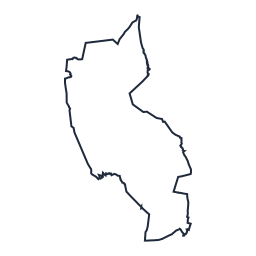 Miacatlán, Morelos, Mexico (Natural Earth projection)
{"feature_id": "50627088B93952904425300", "entity_name": "Miacatlán", "entity_type": "district", "adm_level": 2, "iso_a3": "MEX", "parent_name": "Mexico", "parent_adm1": "Morelos", "projection": "natural_earth1", "projection_center": [-99.34, 18.806], "detail": "fine", "context": "isolated", "style": "outline", "palette": "slate", "viewbox_px": 256, "rotation_deg": 0, "n_neighbors": 0, "source": "geoboundaries", "source_scale": "gbopen_adm2", "svg_char_len": 5397}
<svg xmlns="http://www.w3.org/2000/svg" viewBox="0 0 256 256"><path d="M69.5,110.2L71.3,125.3L71.4,126.3L73.6,127.9L74.4,132.3L87.7,163.6L90.3,168.0L90.9,168.7L91.3,170.4L91.1,172.7L91.5,173.8L92.1,174.4L96.3,176.9L96.6,177.3L97.0,177.7L98.1,178.9L98.4,179.1L98.6,178.7L98.9,178.5L99.2,178.3L100.1,178.5L100.1,178.2L99.9,177.7L99.5,176.9L99.4,176.2L98.9,175.0L100.9,175.6L101.6,175.7L101.9,176.2L102.1,177.6L102.9,177.0L102.9,176.6L102.8,175.8L102.7,175.5L102.8,174.7L102.8,174.0L103.0,172.8L103.6,173.5L103.7,173.8L103.9,173.9L104.1,174.3L104.3,174.3L104.6,174.5L105.1,175.1L105.5,174.6L105.8,175.0L106.2,173.4L107.4,174.0L107.6,173.9L107.8,174.0L108.2,173.6L108.5,173.5L108.8,173.4L109.1,173.2L109.3,173.5L109.7,173.8L109.8,173.7L110.1,173.7L110.3,173.6L110.6,173.9L111.0,173.7L111.5,175.2L112.7,174.6L113.8,174.2L114.1,173.9L114.5,174.1L114.8,174.1L115.7,174.3L116.0,174.5L116.4,174.6L117.0,175.1L117.4,175.6L119.7,175.9L119.7,176.0L119.8,176.6L120.1,177.6L120.6,179.1L120.4,179.2L120.6,179.8L120.8,180.1L121.3,180.7L121.4,181.1L121.9,181.6L122.2,182.2L122.3,182.3L122.3,182.6L123.4,182.8L123.8,183.1L124.1,183.3L124.2,183.5L124.5,184.2L124.7,184.6L125.0,184.5L125.2,185.5L126.0,189.7L126.4,191.4L126.5,191.7L127.1,192.3L127.6,192.9L128.2,193.5L130.1,195.6L134.6,200.2L134.7,200.3L136.5,202.1L138.2,203.9L138.5,204.3L139.7,205.3L141.1,206.8L141.3,206.5L141.3,206.9L141.2,208.4L142.2,207.9L143.0,208.8L145.7,211.3L147.5,212.9L149.2,214.3L147.8,225.7L147.6,226.8L147.2,228.6L146.6,230.5L146.2,231.1L145.5,232.1L145.3,235.4L144.9,240.6L145.7,240.6L146.2,240.6L147.0,240.6L147.9,240.6L150.5,240.4L151.3,240.4L151.9,240.3L152.6,240.3L153.5,240.3L153.9,240.3L155.0,240.2L158.1,240.0L158.8,239.9L159.9,239.6L161.4,239.1L162.4,238.9L162.8,238.6L164.7,237.6L166.8,236.6L167.0,236.5L167.4,236.3L168.5,235.7L170.1,235.0L172.0,234.2L172.7,233.4L173.9,232.5L175.8,230.8L176.6,230.3L176.8,230.3L177.7,229.9L177.9,229.8L179.5,229.2L179.8,228.8L180.7,229.6L181.5,231.0L182.2,232.2L183.2,233.2L184.0,234.1L183.9,234.3L183.7,234.8L183.2,235.2L183.2,235.7L184.3,235.5L184.4,235.1L185.2,234.1L186.1,233.8L186.3,233.5L186.5,233.1L186.5,232.5L186.8,232.3L187.1,231.1L187.0,230.3L186.7,229.5L187.3,229.5L187.7,229.2L187.9,229.4L188.2,229.5L188.4,229.5L188.4,229.8L188.8,230.0L189.0,229.1L190.1,225.5L190.2,225.4L190.7,223.7L189.4,223.4L187.6,222.8L187.8,222.1L187.7,221.9L187.7,221.5L187.7,221.1L187.8,220.4L187.8,219.5L187.9,219.2L188.2,218.4L188.5,217.5L187.1,216.9L187.6,215.0L187.8,214.2L187.8,212.4L187.7,211.0L188.1,206.4L188.2,205.3L188.2,204.6L188.3,203.8L188.3,201.9L188.2,201.7L187.7,199.6L187.6,199.0L187.4,197.9L187.2,196.1L187.2,194.1L186.0,193.9L184.6,193.7L183.8,193.6L182.5,193.3L181.0,193.0L180.4,192.9L180.1,192.9L179.0,192.7L178.3,192.5L178.1,192.7L177.2,192.4L173.6,191.7L174.8,187.8L176.3,182.9L178.2,176.9L181.2,176.4L185.3,175.4L188.5,174.6L190.7,174.0L191.0,172.0L190.9,169.2L190.4,168.1L189.2,165.5L188.6,163.9L188.4,163.5L188.3,162.9L187.9,161.5L187.7,160.9L186.7,159.1L186.5,158.5L185.7,156.9L184.7,155.6L184.7,155.9L182.9,151.9L182.7,151.8L183.1,151.9L183.2,152.1L183.7,151.4L184.3,151.0L183.0,150.8L182.9,150.7L183.1,150.5L183.1,150.4L182.7,148.6L182.7,148.4L182.3,148.1L181.1,147.1L181.3,146.4L180.9,145.9L180.4,145.8L180.3,145.7L181.8,143.6L181.5,142.8L181.4,142.5L181.5,140.5L181.3,139.6L181.5,139.0L181.5,138.2L181.2,138.2L181.0,137.9L180.9,137.8L180.0,137.7L179.7,136.6L176.2,135.1L174.5,134.1L172.2,132.3L164.7,121.6L163.1,121.9L162.0,119.0L156.6,118.0L146.9,111.7L143.3,112.0L132.8,104.4L129.6,93.4L142.9,81.1L143.2,80.7L146.5,77.3L148.1,75.7L147.7,75.2L147.9,74.9L148.1,74.8L148.2,74.7L148.6,74.4L148.7,74.2L148.6,73.8L148.3,73.7L148.0,73.5L147.8,73.4L147.7,73.2L147.6,72.7L147.6,72.4L147.7,72.2L147.6,71.7L147.6,71.4L147.7,70.1L148.5,69.9L148.8,69.8L149.4,69.7L149.6,69.3L149.7,69.0L149.4,68.7L149.2,68.7L148.9,68.6L148.4,68.4L148.3,67.8L148.2,67.7L147.6,67.8L147.6,67.4L148.1,67.1L148.3,66.6L148.1,66.2L148.2,65.9L148.1,65.5L147.9,65.2L147.9,64.6L147.3,64.7L147.1,63.7L147.3,63.7L147.2,63.1L147.0,62.9L146.9,62.4L147.1,62.2L147.4,62.1L147.4,61.7L147.1,61.5L146.8,60.8L147.0,60.7L146.9,60.3L146.8,59.8L146.7,59.4L146.6,59.2L146.3,58.6L146.0,58.1L145.9,57.8L145.8,57.2L145.6,55.8L145.4,55.3L145.1,54.8L145.0,54.6L144.8,54.2L144.6,53.7L144.2,53.3L143.9,52.8L143.7,52.9L143.5,52.4L143.5,52.1L143.6,51.9L143.5,51.5L143.5,51.2L143.5,50.7L143.8,50.6L143.6,49.8L143.3,48.9L142.6,48.1L141.0,42.4L138.8,27.2L139.6,17.1L138.0,16.7L137.6,16.6L137.7,15.5L137.6,15.4L137.4,15.4L137.3,15.5L137.2,16.7L137.1,17.1L137.0,17.4L137.0,17.5L137.1,17.8L137.0,18.0L136.9,18.2L136.9,18.3L136.9,18.6L136.7,19.2L136.2,20.4L136.1,20.5L135.9,20.5L132.4,22.5L129.5,27.1L127.7,29.2L126.3,30.5L124.7,32.1L123.9,33.8L119.6,39.2L117.7,44.0L112.8,39.6L100.7,41.1L85.7,42.9L82.2,59.1L80.6,59.4L78.4,59.4L78.1,59.3L77.8,59.2L77.6,59.0L77.4,58.8L76.9,58.6L76.6,58.5L76.6,58.3L76.5,58.1L76.3,57.9L75.8,57.9L75.4,57.8L74.9,57.6L74.5,57.5L74.1,57.6L73.7,57.8L73.4,57.8L72.9,58.4L72.6,59.0L72.4,58.9L72.2,58.9L72.0,59.0L67.3,59.7L67.4,59.9L67.1,60.4L66.5,67.8L66.3,68.9L66.0,71.0L67.8,71.3L68.6,71.5L69.5,72.0L69.9,72.4L70.5,73.4L70.6,73.6L70.6,73.8L70.2,74.4L70.1,74.6L70.3,74.8L71.0,75.4L71.3,75.8L71.3,76.2L71.2,76.6L71.0,76.8L70.5,77.1L70.0,77.2L68.3,77.4L66.4,78.3L65.0,78.6L65.0,82.7L65.7,87.8L66.6,93.4L66.7,102.6L69.0,106.6L69.0,107.1L70.1,108.6L69.5,110.2Z" fill="none" stroke="#1e293b" stroke-width="2"/></svg>